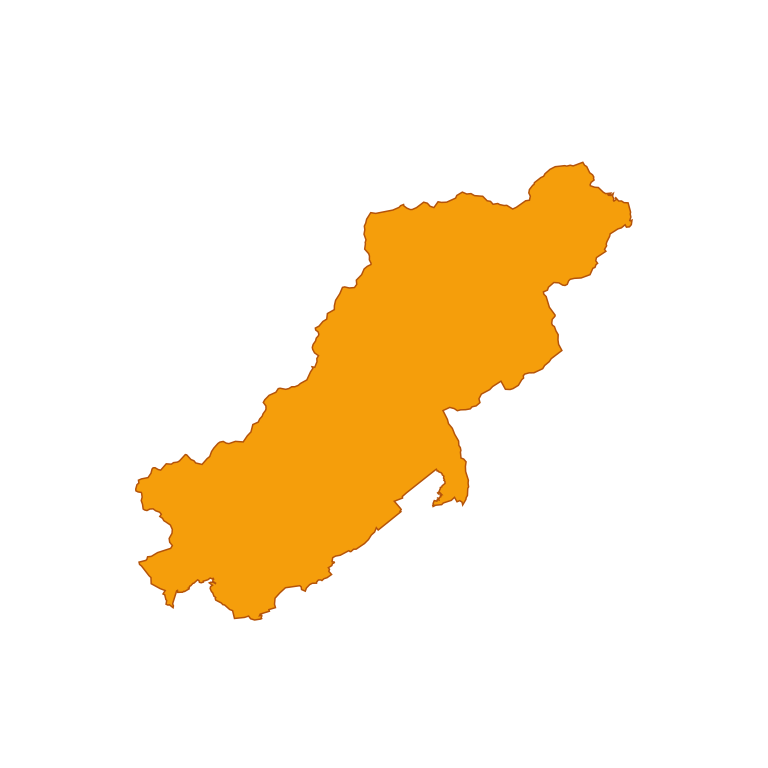 the district of Manastirea Casin, Bacau, Romania, rotated 155°
{"feature_id": "2599482B49837336791964", "entity_name": "Manastirea Casin", "entity_type": "district", "adm_level": 2, "iso_a3": "ROU", "parent_name": "Romania", "parent_adm1": "Bacau", "projection": "robinson", "projection_center": [26.602, 46.097], "detail": "fine", "context": "isolated", "style": "filled", "palette": "amber", "viewbox_px": 768, "rotation_deg": 155, "n_neighbors": 0, "source": "geoboundaries", "source_scale": "gbopen_adm2", "svg_char_len": 6145}
<svg xmlns="http://www.w3.org/2000/svg" viewBox="0 0 768 768"><g transform="rotate(155 384 384)"><path d="M335.1,535.4L336.2,531.9L338.8,528.2L339.4,522.3L341.3,520.1L341.6,518.9L344.5,514.4L342.8,508.6L343.1,506.1L344.8,502.7L344.7,499.0L345.3,497.8L349.4,497.7L353.3,496.7L358.1,492.5L365.2,489.8L366.6,485.8L370.0,483.9L374.9,485.7L378.6,488.6L380.8,489.1L385.9,484.5L392.5,480.3L395.9,475.9L397.6,472.4L405.5,471.8L408.5,467.0L412.9,466.5L418.5,463.9L422.6,463.7L423.1,461.8L421.7,459.1L422.0,456.7L423.0,455.5L426.0,454.2L427.9,451.9L431.4,449.9L433.5,447.5L434.0,445.5L433.8,441.6L431.4,437.3L434.1,435.5L435.3,432.5L439.7,428.4L441.9,430.0L441.9,428.2L445.5,426.0L452.2,420.3L459.6,419.8L462.2,419.0L466.0,419.2L468.8,420.5L472.2,420.1L475.3,420.7L480.0,424.1L481.8,424.5L485.5,422.2L492.9,422.3L498.7,420.1L501.2,418.3L500.3,414.0L501.5,411.2L502.6,410.1L506.1,408.2L508.0,406.3L511.5,404.8L514.1,402.6L520.0,402.7L524.8,396.8L529.8,394.8L536.1,391.0L542.9,394.8L549.7,395.5L551.9,397.0L554.0,399.9L557.3,400.7L559.6,400.3L565.2,397.9L568.8,395.7L572.6,391.9L575.9,391.1L582.9,388.0L588.0,392.0L588.7,394.8L590.9,397.2L592.8,403.2L593.9,404.0L601.9,400.7L604.2,400.5L608.0,401.7L610.6,401.2L615.1,403.7L622.8,400.3L624.8,401.9L626.9,404.9L628.7,405.6L630.1,405.0L632.9,401.6L637.4,398.9L643.9,400.5L647.2,400.6L648.0,397.9L650.5,397.1L653.4,393.7L654.0,392.0L652.5,390.1L649.9,388.4L649.8,387.5L651.0,383.7L653.3,380.9L653.7,377.0L655.1,372.5L654.2,371.0L652.3,369.5L649.0,369.6L646.0,368.4L644.5,365.6L641.5,362.6L640.9,360.0L643.2,358.7L641.5,355.9L641.3,353.2L637.2,346.5L637.3,341.7L639.2,338.3L644.0,334.8L645.1,331.2L644.1,327.0L646.8,325.2L660.5,326.9L667.7,326.1L671.3,327.3L673.0,325.3L674.4,324.8L681.3,326.1L681.8,323.8L680.7,321.6L678.0,309.6L677.0,307.1L679.4,301.4L673.3,293.1L669.6,289.3L673.0,287.1L671.8,285.6L672.8,280.8L672.4,279.7L674.6,276.5L673.2,274.9L671.8,274.6L669.7,270.4L668.6,271.9L668.5,273.9L667.8,274.9L659.3,284.2L658.4,284.2L659.0,282.3L654.4,280.4L653.0,280.7L652.5,280.2L647.3,280.7L647.5,281.6L646.8,281.5L645.6,282.9L644.5,282.8L641.4,284.1L640.6,283.8L635.7,285.3L634.8,284.0L635.1,282.3L633.7,281.1L631.4,280.8L631.1,281.7L626.4,281.0L623.5,281.6L622.2,280.1L621.0,280.1L620.9,279.1L621.7,278.9L622.6,277.5L620.8,274.7L621.1,274.4L622.6,276.5L624.9,277.6L626.4,277.6L624.5,274.1L626.9,273.6L628.0,272.1L628.1,268.8L627.5,267.1L627.8,263.5L626.8,261.6L627.7,260.8L627.8,259.2L624.0,254.3L623.3,252.1L621.9,251.2L619.2,244.9L617.0,242.6L618.6,234.7L609.1,231.4L604.8,230.9L604.1,227.6L601.0,224.8L595.1,223.1L594.1,223.1L594.3,223.8L592.7,225.5L592.6,226.1L594.8,226.6L593.4,227.8L583.9,226.5L583.7,228.2L576.9,227.2L576.3,230.7L573.3,235.9L566.7,238.7L559.4,241.0L545.6,236.8L544.8,235.1L545.6,232.6L542.9,229.5L540.5,231.9L536.1,233.6L533.2,233.7L529.3,232.0L528.6,233.1L526.3,234.1L524.2,233.2L523.3,232.1L520.8,232.9L517.4,232.5L512.0,233.5L513.2,237.5L511.7,239.1L512.1,241.0L508.0,241.5L506.8,242.9L504.5,243.1L504.4,243.7L506.2,244.9L503.9,248.3L500.6,248.5L496.0,247.3L486.3,247.8L485.6,246.4L484.8,246.1L481.4,247.1L479.0,246.1L469.0,247.7L463.8,249.6L459.3,252.5L455.1,253.8L451.7,257.0L451.0,254.1L422.7,261.1L423.3,261.9L421.5,262.9L421.6,264.1L424.2,273.4L415.4,272.8L414.9,274.3L409.5,275.9L373.1,284.6L372.5,284.6L372.6,282.7L371.8,282.5L371.6,281.4L369.8,279.5L369.3,278.3L369.6,277.2L368.7,275.1L369.8,273.6L369.6,272.0L370.4,271.5L369.9,270.0L370.7,268.1L374.3,267.2L375.2,266.3L376.7,266.4L377.0,265.6L380.0,262.9L381.4,262.7L381.1,261.4L379.3,262.0L378.4,259.4L378.8,259.6L379.1,258.8L379.7,259.4L379.6,258.9L380.3,258.7L380.3,257.8L381.7,257.7L382.4,256.9L383.3,257.7L383.3,255.7L384.5,256.8L385.6,255.5L387.7,257.1L390.0,255.0L390.0,253.8L391.1,253.6L391.3,252.2L388.4,252.3L382.7,250.3L380.5,251.1L372.2,250.1L368.0,251.5L367.6,246.4L364.6,246.3L363.2,243.9L363.8,241.1L358.6,244.7L357.5,246.3L355.5,247.7L352.2,254.0L350.8,255.0L349.7,258.6L348.2,261.1L347.0,270.2L345.1,274.8L342.5,278.8L343.5,282.3L345.5,284.4L343.5,290.0L342.4,291.3L341.7,294.1L342.1,296.7L340.5,300.8L341.2,308.5L340.8,315.0L342.3,320.8L341.5,325.1L341.8,335.0L334.3,335.0L330.7,332.0L328.8,328.8L325.5,328.2L320.8,326.2L316.3,325.0L313.8,326.1L309.7,325.2L304.9,326.6L304.2,330.5L300.0,333.7L290.6,334.2L286.6,335.8L276.8,337.1L276.2,327.9L272.0,325.7L269.0,325.3L262.8,326.0L257.3,329.7L255.0,330.4L254.3,332.6L252.3,333.5L247.8,332.8L243.4,330.8L233.7,330.8L230.6,332.9L224.9,334.4L221.7,336.3L208.6,339.2L209.0,346.1L207.7,350.4L205.3,355.1L205.7,359.6L205.3,364.0L206.5,366.1L206.4,368.1L204.2,371.5L200.5,373.1L199.8,374.1L201.7,383.7L200.1,394.7L201.2,397.9L200.6,400.1L196.2,400.0L194.1,402.2L187.2,404.2L182.8,401.8L180.3,398.1L178.3,396.8L175.8,396.9L173.0,399.5L171.0,400.2L166.8,399.3L160.5,396.8L151.1,396.0L145.8,400.6L143.5,400.5L141.4,402.6L139.4,403.1L140.0,406.2L138.0,408.8L126.8,410.5L127.2,412.9L123.8,415.2L123.5,416.9L121.9,418.7L117.1,422.5L115.6,424.5L106.4,425.7L102.9,425.2L98.2,426.4L98.0,423.7L95.1,422.7L92.5,423.9L90.0,427.7L91.8,427.7L92.2,428.3L89.7,431.0L89.0,434.0L87.9,435.5L86.2,445.0L89.9,447.0L91.3,449.4L94.0,450.7L95.2,454.9L95.7,454.7L95.4,453.7L95.8,453.0L98.3,452.6L98.5,453.4L97.4,455.1L97.5,457.7L95.8,459.7L98.7,459.0L100.9,460.2L100.9,460.9L99.0,460.4L97.7,461.1L102.7,462.9L104.2,465.1L106.7,471.5L109.9,473.3L113.2,476.5L113.0,477.5L111.1,479.2L107.4,480.1L107.3,481.6L106.4,483.0L106.6,485.4L108.3,488.6L108.4,495.4L109.8,497.5L110.1,500.9L120.4,501.7L122.8,503.6L126.3,504.2L127.9,505.5L137.0,508.6L142.8,508.4L149.3,506.5L151.5,504.8L154.6,504.8L162.6,502.9L163.8,501.4L165.1,501.3L170.0,498.8L172.0,496.0L172.0,492.4L174.5,489.1L178.2,490.2L189.4,488.2L193.4,488.2L197.2,494.0L199.7,495.0L203.3,497.7L204.6,499.5L209.2,500.8L210.3,504.5L213.1,506.5L215.2,512.4L222.4,516.5L224.7,519.8L228.7,521.2L231.9,524.8L238.4,524.1L240.5,522.2L250.4,522.3L255.2,524.3L258.0,526.3L264.2,522.8L267.1,525.6L268.3,529.5L271.2,532.0L280.0,530.1L284.7,530.2L286.6,531.1L289.0,533.8L290.7,537.0L290.4,538.4L293.6,538.6L295.7,537.7L302.5,537.9L319.4,542.1L323.6,544.9L330.1,540.7L332.6,537.5L335.1,535.4Z" fill="#f59e0b" stroke="#b45309" stroke-width="1.5"/></g></svg>